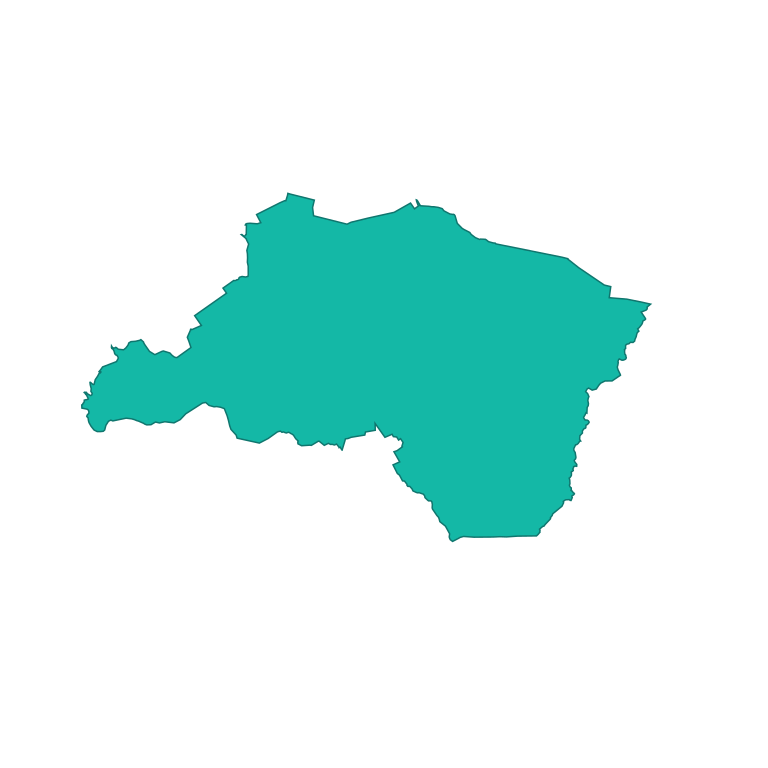 Meoqui, Chihuahua, Mexico (Mercator projection), rotated 145°
{"feature_id": "50627088B21598242186115", "entity_name": "Meoqui", "entity_type": "district", "adm_level": 2, "iso_a3": "MEX", "parent_name": "Mexico", "parent_adm1": "Chihuahua", "projection": "mercator", "projection_center": [-105.475, 28.358], "detail": "fine", "context": "isolated", "style": "filled", "palette": "teal", "viewbox_px": 768, "rotation_deg": 145, "n_neighbors": 0, "source": "geoboundaries", "source_scale": "gbopen_adm2", "svg_char_len": 6171}
<svg xmlns="http://www.w3.org/2000/svg" viewBox="0 0 768 768"><g transform="rotate(145 384 384)"><path d="M353.4,595.3L354.8,593.9L359.3,590.4L360.0,591.0L360.5,591.2L365.1,592.1L391.2,595.9L392.4,586.8L395.9,587.9L401.5,592.5L404.3,594.1L405.5,594.3L406.4,593.8L405.6,593.0L411.1,585.5L411.6,585.6L413.8,584.9L414.7,588.0L415.2,588.2L413.5,581.9L413.8,581.6L414.6,576.3L419.7,572.1L421.2,569.0L423.4,565.6L426.1,562.1L427.6,558.5L432.6,551.3L433.7,550.2L436.0,551.0L438.6,553.5L441.1,554.3L441.9,554.1L442.7,553.4L443.5,553.3L444.1,553.4L444.8,553.8L445.9,553.8L447.1,554.4L447.7,555.0L460.9,554.9L460.9,548.7L499.9,548.6L500.0,536.7L509.6,538.6L510.7,539.1L510.7,539.7L511.1,539.7L511.2,539.4L518.3,535.1L519.3,531.0L521.2,524.6L538.3,524.4L539.1,524.9L540.1,526.0L540.5,527.0L541.2,529.2L541.6,532.2L545.8,537.6L547.2,538.1L554.5,539.4L555.0,539.7L557.4,545.2L557.4,553.2L557.3,555.1L556.9,556.4L557.7,559.8L559.0,559.9L563.0,561.5L566.9,563.8L567.5,563.9L569.5,564.0L571.2,562.8L572.5,562.3L574.9,561.6L577.7,561.4L581.4,564.6L581.8,565.1L582.3,567.2L582.7,567.9L583.5,567.9L584.6,568.3L585.0,568.8L585.5,569.8L585.4,571.4L586.3,570.3L586.6,569.3L586.0,567.9L586.3,565.6L587.2,563.3L587.1,561.8L586.3,560.6L586.5,558.4L586.7,557.8L587.1,557.4L590.3,555.8L604.7,559.4L608.0,558.2L610.4,557.6L610.4,557.1L609.1,556.5L609.0,556.2L610.0,555.8L611.5,556.0L614.0,554.7L618.0,553.2L621.7,550.0L622.0,550.0L622.8,550.9L623.4,553.4L623.6,553.9L623.9,554.0L625.1,551.8L626.5,548.1L628.3,546.1L628.4,543.7L629.6,542.7L630.7,542.7L631.1,543.0L632.7,546.5L632.5,547.8L634.1,549.1L634.5,549.0L634.1,547.7L634.3,546.8L634.0,545.2L634.4,543.7L634.3,543.2L634.9,541.3L636.7,541.7L636.9,542.0L638.8,542.7L639.5,541.7L640.6,540.9L641.6,540.8L642.6,540.1L643.6,540.2L645.3,537.5L642.1,534.2L641.4,533.2L641.2,532.4L641.6,530.6L642.6,529.3L644.5,529.0L646.0,528.1L646.1,527.5L645.8,526.1L647.2,523.3L647.8,521.5L648.2,517.3L647.9,512.6L646.2,509.5L643.5,507.6L641.1,506.3L639.2,506.5L635.6,509.6L631.1,511.5L628.5,511.1L627.3,509.3L614.8,503.9L610.7,500.2L608.9,498.0L607.4,495.6L606.5,494.6L603.5,489.7L603.0,488.4L601.8,486.6L598.2,484.3L593.0,483.9L590.3,480.9L585.2,478.8L578.3,472.6L571.3,471.7L563.5,473.3L543.6,472.5L540.6,471.1L539.6,466.8L536.3,462.8L534.0,461.5L531.2,458.7L528.9,455.4L530.7,448.0L532.3,443.4L534.4,438.2L535.4,434.6L534.4,426.9L535.4,423.9L520.0,407.1L510.2,405.8L498.6,405.9L495.9,404.8L495.3,403.0L493.7,402.3L493.2,401.3L492.1,399.9L490.0,399.3L489.3,398.4L488.8,397.0L488.0,395.6L487.5,394.0L487.7,389.8L487.0,386.5L488.0,385.9L488.2,385.2L488.8,384.4L486.9,380.7L479.8,376.4L478.7,375.4L470.6,374.8L469.9,374.2L468.1,368.0L463.6,367.3L462.5,365.2L461.1,364.3L460.4,363.6L459.9,362.8L459.4,362.4L457.3,362.0L457.1,358.2L457.3,357.6L456.1,357.4L456.4,354.2L456.2,353.9L448.7,359.8L447.1,361.2L444.8,360.0L441.5,359.2L429.0,353.2L426.7,355.3L417.7,351.1L413.9,356.8L413.8,339.8L406.2,338.2L406.5,335.5L404.0,333.3L404.2,329.7L401.8,329.7L401.9,325.2L405.0,322.8L405.0,322.0L411.6,321.9L414.7,322.8L415.8,311.2L423.0,312.6L424.4,303.0L423.6,300.5L424.4,294.0L422.9,292.7L422.7,288.7L423.3,287.8L423.2,286.5L421.6,285.3L421.2,282.0L421.6,279.8L419.6,276.4L418.6,275.3L417.7,275.0L414.9,271.1L414.9,268.9L415.6,267.4L414.9,263.9L414.6,262.8L412.7,261.4L412.4,260.7L412.4,260.0L413.5,257.6L415.6,254.9L416.0,253.7L416.1,245.9L415.8,243.8L416.1,242.2L417.2,239.2L415.2,232.3L416.1,224.1L416.2,223.6L418.3,221.3L418.8,219.8L419.0,218.4L418.1,215.7L411.3,214.8L409.7,214.7L406.3,213.5L398.1,206.9L382.4,196.1L376.7,192.5L371.5,188.6L361.9,182.8L346.2,172.1L344.1,172.4L341.2,173.2L341.2,173.5L340.0,174.8L339.9,175.9L335.5,176.3L334.6,175.8L332.5,176.5L325.7,177.9L324.8,178.2L324.4,179.0L321.7,179.8L320.2,180.9L308.3,181.8L305.0,183.7L304.5,185.0L301.7,185.0L298.5,183.0L298.3,181.9L297.6,181.3L294.9,183.0L294.7,184.0L294.0,184.6L292.4,184.4L291.0,184.8L290.9,185.6L291.4,186.6L291.2,188.2L291.7,189.0L291.8,189.7L291.1,190.1L290.2,191.6L290.6,192.9L290.4,194.3L289.9,195.0L289.0,195.5L286.9,198.8L286.3,200.7L285.2,200.7L283.1,201.5L282.0,202.8L281.1,204.5L280.4,204.7L280.1,204.4L278.7,204.5L278.3,204.9L278.2,206.1L276.8,206.7L276.1,207.5L274.5,207.2L273.8,206.3L273.3,206.1L272.2,207.6L272.4,210.2L272.2,212.0L271.6,212.5L270.0,212.8L268.8,213.9L266.7,218.2L266.5,220.8L265.6,222.2L261.9,224.3L261.0,223.8L259.1,223.9L256.4,224.9L255.6,224.5L255.5,226.5L253.2,229.3L249.6,230.0L248.4,231.8L245.6,232.7L244.7,232.3L243.8,232.4L242.2,234.4L240.9,234.2L239.2,234.4L237.8,235.1L237.7,236.6L238.2,237.8L239.9,239.2L239.9,241.5L239.5,242.3L237.2,243.3L234.9,244.6L234.5,243.8L231.0,248.3L229.2,249.1L227.8,250.6L226.5,253.6L224.5,255.5L223.4,256.1L222.7,259.4L223.2,262.1L220.5,263.4L218.7,263.3L217.0,259.6L213.0,258.1L208.9,259.7L206.1,260.4L201.2,259.7L195.4,255.7L186.9,255.6L186.4,255.5L185.2,255.6L184.9,256.7L184.1,261.6L183.2,264.1L181.8,265.2L180.5,266.5L179.7,267.4L179.6,268.0L179.2,268.4L177.8,269.4L176.9,269.6L175.6,267.2L174.5,266.4L173.2,266.0L171.9,265.8L171.2,266.0L170.3,266.8L170.0,268.1L169.5,268.7L169.4,269.3L169.6,270.2L168.8,271.8L168.2,272.8L167.6,273.4L167.4,274.2L165.7,274.5L164.2,276.8L163.6,277.2L162.1,277.3L160.3,276.5L158.2,276.8L156.2,275.2L154.0,275.4L153.1,276.4L150.3,278.1L148.1,280.1L147.0,280.8L144.9,281.1L144.6,283.7L142.6,283.8L138.6,285.0L137.1,285.9L136.2,286.8L135.6,287.1L133.3,286.9L132.4,287.2L132.2,288.6L132.1,295.4L126.9,294.2L125.7,294.4L124.8,295.2L124.4,296.1L119.8,296.5L126.0,303.3L136.5,314.3L150.0,325.5L142.4,333.7L146.8,338.7L157.8,367.6L161.8,380.9L161.5,381.2L165.4,385.7L212.0,434.6L212.0,435.5L213.7,437.0L216.7,440.6L217.6,443.6L218.0,444.4L221.9,447.4L222.8,447.6L225.2,451.5L226.8,456.5L226.8,458.9L229.9,464.8L230.7,466.7L231.8,473.3L231.7,474.0L229.3,481.0L229.3,482.3L229.7,483.1L230.1,483.2L232.5,485.5L235.2,490.7L235.6,491.6L235.7,494.1L235.9,494.5L238.3,497.6L241.4,500.5L243.3,501.9L245.4,503.9L251.7,508.9L251.9,510.1L251.5,514.5L251.6,515.9L251.9,516.3L252.5,515.0L253.7,510.4L253.4,510.1L258.5,510.0L258.5,517.0L277.2,518.8L301.8,529.0L318.2,535.4L322.6,536.1L345.2,562.2L341.3,569.5L335.6,574.6L352.0,593.5L353.4,595.3Z" fill="#14b8a6" stroke="#0f766e" stroke-width="1.5"/></g></svg>